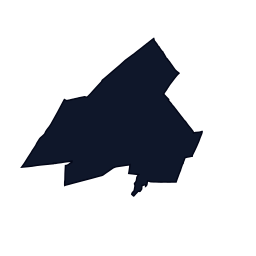 the district of Carcea, Dolj, Romania, rotated 302°
{"feature_id": "2599482B95578562182994", "entity_name": "Carcea", "entity_type": "district", "adm_level": 2, "iso_a3": "ROU", "parent_name": "Romania", "parent_adm1": "Dolj", "projection": "equal_earth", "projection_center": [23.897, 44.282], "detail": "fine", "context": "isolated", "style": "filled", "palette": "ink", "viewbox_px": 256, "rotation_deg": 302, "n_neighbors": 0, "source": "geoboundaries", "source_scale": "gbopen_adm2", "svg_char_len": 4313}
<svg xmlns="http://www.w3.org/2000/svg" viewBox="0 0 256 256"><g transform="rotate(302 128 128)"><path d="M217.5,102.4L217.3,102.3L216.4,102.0L216.3,101.9L214.8,101.4L211.2,100.1L210.8,100.0L210.3,99.8L209.9,99.6L209.1,99.3L208.8,99.2L208.4,99.1L208.1,99.0L206.0,98.2L205.9,98.2L205.5,98.0L205.0,97.9L204.6,97.7L204.3,97.6L203.9,97.5L198.0,95.3L193.4,93.7L192.8,93.4L184.0,89.9L177.2,88.0L168.1,85.1L166.8,84.7L161.6,83.1L160.7,82.8L156.9,81.6L155.9,81.2L154.8,80.9L153.1,81.1L147.5,80.0L146.4,79.8L142.0,79.0L136.8,78.1L132.4,77.1L132.1,76.4L131.8,75.6L131.6,74.9L131.4,74.5L130.3,73.4L129.2,72.2L127.5,70.4L126.4,69.4L124.7,67.6L123.6,66.6L123.2,66.1L121.6,64.5L121.0,64.0L119.9,62.8L119.3,62.2L118.9,61.7L118.7,61.4L118.6,61.1L118.5,60.8L118.5,60.4L118.4,59.0L114.1,59.3L104.4,60.0L90.7,60.7L89.2,60.7L87.1,60.6L85.4,60.4L84.3,60.3L83.0,60.2L82.5,60.2L82.1,60.2L81.3,60.2L80.6,60.3L79.8,60.4L79.1,60.5L78.2,60.4L77.4,60.2L75.9,59.8L74.5,59.4L73.7,59.1L72.7,58.9L71.9,58.8L69.5,58.8L67.0,58.8L64.2,59.1L59.7,59.0L58.5,58.9L55.6,59.0L50.4,58.9L43.1,58.9L38.5,58.6L40.1,60.7L42.6,64.0L44.9,66.9L48.3,70.8L50.9,74.1L56.6,81.5L58.2,83.6L58.6,83.4L59.4,84.5L59.2,84.8L61.0,86.8L63.5,89.9L64.8,91.3L65.8,92.5L70.2,98.0L69.3,98.5L68.0,97.9L67.1,97.5L66.0,97.2L65.0,96.7L63.9,96.0L63.0,94.9L58.7,97.3L56.2,98.7L50.7,102.0L48.6,103.0L46.3,104.4L45.8,104.8L46.4,105.2L48.8,107.5L52.6,111.0L59.3,117.3L65.9,123.5L72.4,129.5L73.4,130.5L74.1,131.1L74.8,131.6L78.0,132.9L82.1,134.7L85.9,136.3L86.8,136.8L87.2,137.1L88.5,138.1L89.1,138.7L91.0,140.9L92.4,142.6L95.4,146.1L96.2,147.1L97.1,148.2L97.8,148.9L98.0,149.1L96.6,149.8L91.7,152.0L89.9,152.7L94.2,161.7L93.7,161.7L91.7,161.6L91.2,161.7L90.9,161.7L88.3,162.8L87.4,163.1L87.1,163.1L85.9,163.2L85.6,163.2L85.3,163.1L85.0,163.0L84.8,162.9L84.4,163.0L84.1,163.1L83.8,163.4L83.5,163.9L82.8,164.5L82.1,164.9L81.5,165.1L79.1,166.1L78.1,166.4L77.6,166.5L77.3,166.3L76.5,166.2L75.8,166.0L75.1,166.0L74.5,166.1L73.8,166.3L73.4,168.3L73.6,168.4L73.5,168.9L73.9,169.0L74.5,169.1L75.1,169.2L75.8,169.3L76.1,169.3L76.8,169.5L78.2,169.8L79.6,170.0L79.8,170.2L80.0,170.5L80.2,170.9L80.3,171.2L80.4,171.4L80.5,171.6L80.9,171.8L81.5,171.8L82.1,171.9L82.6,171.9L83.3,171.9L83.9,171.7L85.3,170.9L86.4,170.5L86.7,170.4L88.3,171.9L89.4,173.0L88.0,173.8L88.5,174.0L89.0,174.1L89.7,174.0L90.3,173.9L91.2,173.5L92.3,173.0L93.0,172.8L93.4,172.7L93.6,172.7L94.2,174.7L94.5,175.7L95.1,176.8L96.0,178.4L97.0,180.0L98.4,182.5L99.4,184.2L100.2,185.5L101.1,186.8L102.4,188.9L103.1,190.2L103.6,191.0L104.4,192.2L106.8,195.9L107.4,196.9L107.8,197.4L108.3,197.2L110.9,196.6L112.9,196.2L116.2,195.5L117.8,195.2L119.8,194.9L120.7,194.6L122.8,194.1L124.6,193.7L125.9,193.4L127.5,193.4L128.3,193.0L131.0,192.5L133.1,192.0L133.6,192.6L134.7,193.6L135.4,194.4L136.4,195.5L137.3,196.4L137.8,197.0L138.1,197.4L139.2,196.9L141.2,196.7L144.2,196.4L149.1,195.8L154.4,195.0L158.0,194.2L162.1,193.5L163.2,193.2L163.9,192.9L164.3,192.7L164.2,192.5L163.9,192.3L163.1,191.6L162.1,190.6L161.6,189.9L160.7,188.7L159.9,187.6L159.0,186.7L158.5,186.2L158.8,185.9L159.0,185.6L159.1,185.4L159.4,185.1L159.5,184.9L159.6,184.7L159.9,183.9L160.7,181.8L161.8,178.5L162.5,176.6L163.9,173.3L164.4,171.1L165.3,168.9L165.6,168.0L166.1,166.6L166.5,165.5L167.0,164.2L168.0,161.4L168.7,159.7L169.0,158.8L169.1,158.6L169.3,157.9L170.1,155.9L170.2,155.6L170.6,154.2L170.9,153.1L171.2,152.5L171.4,152.1L171.7,151.3L172.2,149.5L172.9,147.6L173.1,147.3L173.3,147.3L173.8,147.3L174.2,145.6L174.6,143.9L175.1,142.1L175.4,141.0L175.4,140.8L175.4,140.5L175.4,140.4L175.4,140.2L178.6,140.1L179.4,140.2L181.1,140.3L182.8,140.2L183.8,140.3L186.6,140.3L190.9,140.7L195.2,141.1L197.7,141.4L199.0,141.6L200.1,141.8L200.9,142.1L201.5,142.2L201.6,141.9L201.8,139.4L202.0,138.4L202.2,137.3L202.5,136.5L202.8,135.8L203.4,134.3L203.9,133.2L204.4,132.0L205.3,129.8L206.1,128.0L206.3,127.3L206.5,126.6L206.9,125.7L207.3,124.8L207.4,124.2L207.5,123.7L207.6,123.0L208.0,122.5L209.5,119.8L210.7,117.4L211.0,117.1L211.1,116.8L211.0,116.4L211.3,115.5L212.0,113.7L212.7,112.2L212.9,111.7L213.2,111.3L213.3,111.1L213.3,110.7L213.3,110.4L213.4,110.1L213.6,109.7L213.8,109.3L214.2,108.5L214.4,108.0L214.6,107.8L214.7,107.5L215.0,106.6L215.4,105.6L215.8,104.4L216.0,103.9L216.4,103.5L217.2,102.8L217.5,102.4Z" fill="#0f172a" stroke="#020617" stroke-width="1.5"/></g></svg>